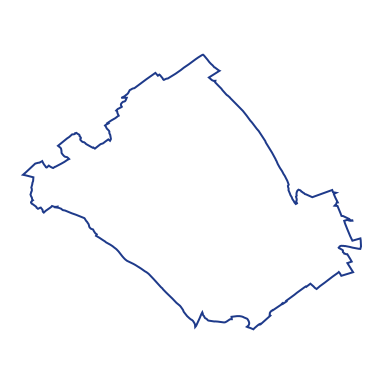 Stauceni, Botosani, Romania
{"feature_id": "2599482B98332276740934", "entity_name": "Stauceni", "entity_type": "district", "adm_level": 2, "iso_a3": "ROU", "parent_name": "Romania", "parent_adm1": "Botosani", "projection": "robinson", "projection_center": [26.772, 47.732], "detail": "fine", "context": "isolated", "style": "outline", "palette": "blue", "viewbox_px": 384, "rotation_deg": 0, "n_neighbors": 0, "source": "geoboundaries", "source_scale": "gbopen_adm2", "svg_char_len": 5894}
<svg xmlns="http://www.w3.org/2000/svg" viewBox="0 0 384 384"><path d="M341.3,275.8L353.1,272.2L347.4,263.1L351.7,261.6L350.3,259.1L347.3,254.2L346.5,254.3L346.1,254.2L345.7,253.9L345.3,253.9L344.2,253.6L344.1,253.3L343.8,252.8L342.9,252.1L342.9,250.4L342.5,250.0L340.4,248.8L339.0,248.1L338.7,247.7L339.3,247.1L339.5,246.6L340.4,246.0L341.3,245.8L343.7,245.9L344.6,246.1L345.0,246.0L349.7,246.9L352.4,247.6L358.8,248.8L360.3,248.9L361.0,246.4L360.7,240.3L360.4,238.4L352.4,240.7L350.3,236.4L347.1,228.7L345.0,223.4L344.2,220.8L347.2,219.9L348.6,220.4L350.3,220.8L352.4,220.7L352.3,220.3L350.6,220.4L349.7,219.5L349.3,219.0L348.6,218.7L343.2,216.1L341.5,215.9L340.4,213.0L337.5,206.0L334.6,205.7L335.1,205.1L336.1,204.6L336.1,204.2L336.8,202.3L337.7,202.3L335.5,198.0L333.8,194.1L333.8,193.9L336.1,192.8L333.0,192.2L332.2,190.0L312.3,197.2L306.1,194.4L304.8,194.0L303.8,193.0L302.9,192.6L302.2,191.9L301.5,191.7L301.1,191.1L300.4,190.4L298.5,189.7L297.4,190.7L296.7,192.3L296.5,193.5L296.5,194.9L296.7,195.7L296.0,196.6L296.7,199.0L296.7,200.1L296.2,201.4L297.0,203.3L295.8,204.0L294.5,202.5L293.6,200.8L292.4,199.1L291.7,197.1L290.5,195.2L290.0,193.8L288.5,190.2L288.6,188.5L288.1,187.1L287.9,185.9L288.7,184.7L287.3,180.8L286.0,178.3L284.8,175.9L283.6,174.1L282.1,171.2L279.8,167.7L278.7,165.7L277.8,164.1L276.4,160.8L275.9,160.1L275.7,159.5L275.7,159.4L272.0,152.6L265.9,142.7L265.6,142.1L265.5,141.5L265.1,140.8L258.5,130.7L258.0,130.3L257.7,129.8L257.0,129.1L251.9,122.4L250.2,120.5L246.7,115.7L242.9,110.9L237.6,105.5L231.2,99.0L230.2,98.0L230.0,97.6L227.5,95.4L227.0,95.2L226.1,94.3L222.3,90.0L221.4,88.7L218.6,85.9L215.4,82.6L215.0,82.0L215.2,81.8L215.4,80.8L213.6,80.9L211.9,80.1L208.9,77.5L219.5,70.8L218.9,70.5L214.9,67.5L214.3,67.3L212.6,65.3L211.1,64.0L209.3,62.1L207.5,59.7L203.9,55.4L203.0,54.7L201.8,55.2L198.3,57.4L195.7,59.2L188.8,64.3L183.8,67.7L180.9,70.0L175.6,73.7L167.8,78.5L166.3,78.7L165.1,79.3L164.7,79.4L163.9,79.9L163.4,79.6L163.0,79.2L162.7,78.4L160.1,75.2L159.3,74.6L157.9,75.7L155.4,72.9L146.3,79.3L134.9,87.8L134.3,88.2L133.1,88.4L131.9,88.9L131.4,89.3L130.3,89.8L129.7,90.2L128.8,91.9L128.3,92.9L127.4,94.0L125.4,95.5L124.9,96.1L121.3,97.9L123.5,97.7L126.7,97.8L125.6,100.4L125.0,101.2L124.0,101.6L123.0,101.8L121.6,103.1L121.1,103.8L120.9,104.5L120.9,105.0L121.2,105.7L121.8,106.8L121.1,107.3L120.3,107.6L119.6,108.1L117.9,108.9L116.7,110.0L116.2,110.6L117.0,111.0L117.2,111.4L117.3,112.5L117.5,113.1L117.7,113.7L118.7,115.7L118.1,116.0L115.4,118.1L111.2,120.5L107.5,123.0L108.3,123.5L106.4,124.5L105.0,125.5L105.9,126.7L106.7,128.4L107.0,128.8L107.9,129.6L109.1,131.0L109.3,131.5L109.4,131.9L109.3,132.7L109.4,133.3L110.2,134.9L110.3,135.4L110.9,138.9L110.8,139.3L110.0,140.8L108.3,139.4L105.4,141.5L103.1,143.3L102.6,143.5L100.7,144.1L100.1,144.5L94.9,148.6L93.3,147.5L92.9,147.8L91.0,146.8L86.4,144.2L85.7,143.7L85.3,143.1L84.0,142.2L83.0,142.1L81.8,141.4L80.3,139.7L80.4,138.6L80.8,138.3L80.9,137.9L80.3,136.9L79.5,136.0L79.5,135.8L79.6,135.5L79.3,134.8L78.9,134.5L77.9,134.0L76.8,133.3L76.5,132.9L75.1,133.2L75.0,133.7L74.8,134.0L73.8,134.3L72.1,134.4L69.2,137.0L67.1,138.4L58.0,145.8L60.4,147.7L60.9,148.4L61.2,149.2L61.3,150.0L61.5,150.9L61.5,152.2L61.6,152.8L61.7,153.2L62.8,154.7L64.1,156.1L64.6,156.5L65.0,156.7L67.1,157.2L68.2,158.1L69.1,159.0L67.5,159.8L64.4,161.9L61.2,163.7L55.7,166.6L55.1,166.9L54.8,166.9L53.2,168.0L52.7,167.9L50.5,166.8L48.8,165.6L46.9,167.4L46.5,167.5L45.9,167.2L45.5,166.4L44.1,164.6L43.3,163.3L42.2,161.1L41.5,161.6L40.3,162.1L39.7,162.6L38.1,162.8L35.2,163.6L26.1,172.1L23.0,174.8L25.5,175.3L33.4,177.3L33.1,181.0L32.3,183.2L32.4,183.7L32.2,184.5L31.3,187.7L31.7,188.4L31.9,190.2L31.6,191.4L31.4,191.9L31.2,192.0L31.0,192.8L31.0,193.0L30.7,194.0L30.5,194.6L30.7,195.0L30.9,195.8L31.3,196.7L31.8,197.4L32.2,199.4L32.9,200.2L32.0,200.7L31.8,201.0L31.7,201.6L31.3,202.1L31.0,202.2L31.0,202.5L31.2,202.8L31.5,203.4L31.9,203.8L32.6,204.1L36.0,206.6L36.3,206.9L36.5,207.6L38.0,208.8L40.4,207.6L40.8,207.6L41.4,208.4L42.2,209.4L42.6,210.0L42.7,211.2L42.9,211.4L43.0,211.9L43.8,212.6L45.7,210.8L50.9,207.2L52.0,206.0L54.6,206.9L56.9,206.8L57.6,206.6L57.6,206.8L56.5,207.5L58.6,207.8L61.3,208.8L61.6,209.2L62.8,210.1L65.0,210.5L71.8,213.3L76.1,214.8L84.3,218.1L84.7,218.5L86.0,220.7L87.2,222.0L87.4,222.5L88.4,223.8L88.9,225.1L89.2,226.5L89.6,227.4L90.6,228.4L91.1,228.8L93.1,229.5L93.8,231.0L95.1,233.0L95.4,233.3L96.8,234.4L96.0,235.8L99.0,237.5L102.9,240.1L105.1,241.5L105.7,242.1L106.5,242.6L110.3,244.7L112.6,246.2L113.8,247.2L116.4,249.2L118.5,251.4L122.4,256.4L124.0,258.2L125.2,259.4L127.0,260.8L133.2,263.8L135.2,264.9L141.1,268.6L144.9,271.3L146.5,272.2L148.1,273.4L149.0,274.2L153.2,278.6L161.0,287.2L162.4,288.4L162.9,289.2L166.0,292.4L172.6,298.8L176.4,302.8L179.9,305.7L180.9,306.9L182.5,309.2L183.2,310.3L183.3,310.8L183.8,311.9L187.1,316.1L189.7,318.5L191.3,319.7L191.7,319.8L192.9,320.8L194.2,322.8L194.8,324.0L195.0,324.7L195.2,327.0L196.1,325.9L199.6,318.3L201.4,314.0L202.3,312.3L202.8,313.7L202.9,314.7L203.2,315.3L204.0,316.1L204.6,317.4L205.1,318.1L206.6,318.9L207.9,320.3L208.6,320.6L214.4,321.5L214.9,321.4L217.8,321.6L223.7,322.4L224.5,322.4L225.4,322.2L227.0,321.3L229.8,319.4L230.6,319.2L231.8,319.2L231.5,316.8L237.3,316.1L239.5,316.1L241.8,316.5L243.2,317.0L243.9,317.4L247.0,318.7L247.4,319.0L248.4,320.6L248.8,321.6L249.1,322.4L249.2,323.3L249.0,324.4L248.4,325.6L246.9,326.8L247.8,327.2L250.1,327.9L253.4,329.3L254.5,328.1L257.9,325.2L259.0,324.4L259.6,324.1L259.6,324.6L260.5,324.4L270.4,315.6L269.6,315.0L269.8,314.5L269.8,313.1L270.7,311.5L272.6,310.1L272.8,310.3L282.0,304.1L281.9,303.7L282.7,303.1L283.0,303.8L286.6,301.4L286.2,300.8L294.4,294.8L297.0,292.7L299.2,291.1L304.6,287.2L305.9,286.4L306.3,286.8L310.4,283.7L313.6,286.5L314.8,287.8L316.6,289.0L320.0,286.1L324.4,282.9L332.6,276.6L338.1,272.7L338.8,272.0L339.8,273.2L341.3,275.8Z" fill="none" stroke="#1e3a8a" stroke-width="2"/></svg>